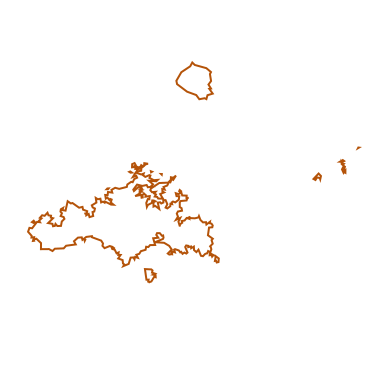 Aotea/Great Barrier Local Board Area, Auckland, New Zealand (orthographic projection), rotated 116°
{"feature_id": "76426892B55715625268474", "entity_name": "Aotea/Great Barrier Local Board Area", "entity_type": "district", "adm_level": 2, "iso_a3": "NZL", "parent_name": "New Zealand", "parent_adm1": "Auckland", "projection": "orthographic", "projection_center": [175.362, -36.123], "detail": "fine", "context": "isolated", "style": "outline", "palette": "amber", "viewbox_px": 384, "rotation_deg": 116, "n_neighbors": 0, "source": "geoboundaries", "source_scale": "gbopen_adm2", "svg_char_len": 6063}
<svg xmlns="http://www.w3.org/2000/svg" viewBox="0 0 384 384"><g transform="rotate(116 192 192)"><path d="M238.1,149.1L235.0,149.5L232.7,151.5L233.7,152.2L229.4,150.7L226.7,153.3L224.9,152.8L223.9,158.7L216.5,161.1L214.8,158.3L213.0,158.7L211.9,160.6L212.3,162.4L210.9,162.8L214.9,164.8L213.0,166.2L214.5,168.8L213.4,172.2L210.6,175.2L212.1,175.1L214.4,177.9L216.1,181.9L215.6,183.2L216.7,184.1L217.0,183.8L217.0,183.7L217.4,183.1L217.7,185.4L220.9,186.2L222.6,188.5L223.9,187.3L226.4,188.7L228.3,187.8L224.6,191.2L220.4,191.2L224.0,194.2L220.3,193.8L218.1,196.2L215.7,196.1L213.2,192.8L211.1,194.3L210.9,196.4L206.6,198.5L205.0,198.1L202.0,193.2L199.4,193.5L198.7,192.4L199.7,194.4L197.6,195.2L199.4,199.3L197.1,201.4L199.8,203.2L200.2,206.0L202.5,204.1L201.4,201.6L204.7,200.5L208.7,202.5L208.9,204.9L210.3,205.7L211.6,204.5L212.1,206.2L214.3,205.3L217.6,207.0L217.6,208.9L213.8,208.8L210.9,212.2L212.2,214.1L214.0,213.1L215.8,214.6L215.2,216.1L216.6,218.1L221.6,214.0L220.6,219.0L222.0,220.2L218.1,222.1L216.4,220.9L216.4,222.6L217.0,224.0L219.4,223.3L223.0,226.0L225.2,226.0L221.9,228.3L217.7,228.6L217.2,227.2L214.2,228.2L216.6,231.8L215.1,232.1L214.5,234.3L216.3,235.3L218.5,233.9L219.2,234.8L216.8,236.4L220.6,241.3L216.1,238.2L215.0,238.5L215.2,239.9L213.8,237.3L213.5,239.0L212.0,237.8L212.2,240.0L210.6,238.8L209.9,240.3L211.1,242.4L216.6,244.6L215.6,245.8L209.4,244.6L208.3,239.3L205.6,235.8L207.1,233.8L204.3,229.7L204.2,231.1L202.2,230.4L200.8,235.6L198.0,228.8L196.1,228.1L198.1,231.5L198.0,236.4L195.4,236.6L195.5,237.7L198.9,240.6L198.4,243.3L196.6,243.5L198.5,245.3L199.2,251.1L204.4,251.7L201.8,249.3L203.2,247.6L205.7,249.6L209.2,249.6L209.5,251.1L213.6,253.4L216.0,252.8L221.1,258.8L221.9,262.9L225.4,265.3L227.5,263.4L228.8,267.5L231.8,266.5L232.7,268.7L235.7,266.6L234.1,265.6L235.4,262.7L234.1,262.5L234.0,260.9L237.0,260.4L237.8,256.9L238.8,259.2L238.7,266.0L239.9,265.8L239.7,267.8L241.2,269.1L238.2,271.4L239.8,273.5L239.5,275.9L243.4,273.3L247.9,276.2L249.4,274.5L249.4,272.0L252.4,271.3L253.6,272.6L256.9,270.3L259.5,273.1L257.0,275.3L259.3,276.8L257.7,277.6L258.1,278.2L258.2,278.4L258.1,278.5L257.0,277.3L255.2,277.8L255.6,282.2L253.4,283.9L255.6,286.6L254.3,294.6L255.4,295.9L254.8,299.7L264.2,297.5L265.1,300.6L262.9,300.9L265.0,302.3L267.3,301.6L268.1,299.6L271.2,299.5L270.8,296.4L272.1,294.9L275.6,296.1L279.9,294.9L281.6,298.1L280.5,300.7L282.6,300.4L283.7,301.9L281.8,303.5L283.0,307.7L276.5,305.4L276.9,307.7L275.1,308.3L275.9,310.8L274.0,312.8L278.0,314.0L278.6,316.5L281.9,317.4L281.7,315.7L284.9,316.9L285.8,315.4L286.8,318.2L294.7,319.8L295.5,322.4L299.6,321.9L301.7,316.9L303.3,316.3L301.8,314.0L304.0,313.1L302.2,311.4L304.1,305.3L309.6,302.7L306.0,295.5L306.2,291.5L303.1,290.4L298.9,282.6L295.5,281.6L290.1,273.5L288.0,276.5L283.0,274.5L281.1,271.2L283.0,269.5L278.7,267.3L275.6,262.6L276.5,262.1L275.5,252.3L277.3,249.4L279.6,248.9L280.8,246.0L276.6,242.2L276.2,239.5L276.8,236.6L276.7,240.3L278.2,238.7L277.7,236.2L280.2,232.9L278.5,231.5L280.9,230.7L279.9,228.6L284.1,229.2L283.6,224.5L286.5,222.7L286.8,221.1L288.7,221.2L284.4,217.4L277.9,218.4L276.5,216.0L277.7,214.2L275.3,214.7L274.9,211.8L272.8,214.5L270.7,212.3L267.6,212.0L264.3,208.4L261.3,209.2L260.6,207.1L258.1,206.4L255.8,201.9L250.6,206.6L247.9,202.3L246.2,205.3L244.3,205.4L243.1,202.9L244.5,199.8L243.7,198.9L245.5,197.6L246.9,197.5L253.3,203.2L249.9,194.8L250.4,188.9L252.6,185.0L257.9,186.8L258.2,185.0L257.0,183.3L255.8,183.8L256.1,182.8L254.0,183.8L253.7,180.9L251.6,182.8L250.8,182.2L250.3,178.2L251.4,176.1L250.5,175.5L251.7,173.4L249.8,172.3L249.8,170.1L248.4,169.5L244.4,174.0L242.6,173.8L242.0,171.7L243.2,171.2L241.4,169.0L242.9,168.1L240.3,166.4L243.3,164.7L244.1,161.7L241.0,160.9L245.4,156.0L244.9,154.0L242.0,153.1L240.5,151.7L241.2,151.4L238.0,151.6L238.1,149.1ZM94.5,216.5L91.7,221.7L90.7,220.3L88.2,224.3L83.9,223.5L78.1,227.6L75.9,227.5L74.4,233.4L76.6,245.2L75.5,248.5L79.8,248.7L89.0,254.1L98.9,254.8L101.6,252.7L104.0,240.4L103.0,230.7L105.4,226.1L102.2,221.8L102.2,219.8L98.2,220.5L94.5,216.5ZM210.7,215.2L207.8,219.7L204.6,216.9L204.5,218.8L202.4,220.0L201.8,217.6L200.0,219.8L197.0,217.1L193.8,217.1L198.3,225.4L207.0,230.5L208.7,230.2L209.7,227.9L207.8,224.8L209.9,225.4L210.0,223.3L212.4,223.5L211.7,221.1L212.7,219.5L210.7,215.2ZM284.5,187.3L282.6,188.4L283.3,190.6L281.6,189.4L282.0,192.6L279.8,193.1L279.4,194.6L281.9,200.5L290.8,194.5L289.8,192.6L292.6,191.9L291.2,191.9L291.8,190.8L290.2,189.3L284.7,188.8L284.5,187.3ZM124.4,82.3L121.1,83.1L119.9,86.3L127.0,88.5L127.1,86.3L124.1,86.0L123.4,83.3L124.4,82.3ZM243.4,137.5L240.0,138.8L239.3,142.5L243.9,141.2L243.2,140.3L244.5,138.9L243.4,137.5ZM192.3,248.1L190.4,247.0L190.1,249.4L194.2,249.4L195.0,250.5L193.8,250.9L195.8,252.1L195.5,250.9L197.9,250.8L195.2,247.0L192.3,248.1ZM107.4,62.6L105.3,63.6L106.7,64.1L105.0,64.1L105.0,65.3L101.5,65.7L102.8,66.2L102.0,67.0L105.9,67.1L108.3,64.2L107.2,64.1L107.4,62.6ZM193.4,252.4L193.5,254.9L192.5,254.4L191.2,256.3L193.2,258.0L196.1,256.7L193.4,252.4ZM189.4,214.2L184.3,213.6L187.4,215.1L188.0,217.4L189.1,216.9L189.4,214.2ZM239.3,143.7L239.2,147.9L238.6,149.3L241.1,148.4L240.0,146.8L241.2,145.6L239.6,145.3L239.3,143.7ZM185.9,243.9L187.0,247.5L189.5,246.6L187.5,245.8L185.9,243.9ZM289.2,322.6L289.2,320.8L287.8,320.4L287.2,321.7L289.2,322.6ZM97.5,68.8L97.2,70.5L99.9,72.3L98.8,69.7L97.5,68.8ZM192.8,215.7L191.2,215.8L191.0,216.6L193.0,217.2L192.8,215.7ZM100.3,68.0L100.6,69.0L99.6,70.6L101.3,69.7L101.6,68.5L100.3,68.0ZM304.0,313.8L305.7,313.5L305.1,312.6L304.0,313.8ZM196.0,202.4L195.6,203.9L196.9,203.9L197.3,203.0L196.0,202.4ZM201.4,257.2L201.6,255.7L200.9,254.6L200.6,256.5L201.4,257.2ZM281.9,267.8L282.9,267.0L281.8,267.0L281.9,267.8ZM226.9,269.9L226.3,268.7L225.3,268.5L225.9,269.6L226.9,269.9ZM191.4,238.0L192.2,237.4L191.3,236.8L191.4,238.0ZM79.8,62.0L78.9,61.4L79.1,62.0L79.8,62.0ZM189.4,227.7L189.7,226.8L189.1,227.0L189.4,227.7ZM195.3,253.2L196.0,253.1L195.7,252.5L195.3,253.2ZM108.2,63.5L107.5,63.2L107.4,63.5L108.2,63.5ZM99.7,69.0L100.1,68.9L99.7,69.0Z" fill="none" stroke="#b45309" stroke-width="2"/></g></svg>